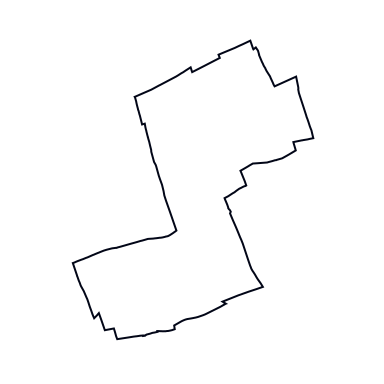 Baneasa, Galati, Romania, rotated 71°
{"feature_id": "2599482B61447316542835", "entity_name": "Baneasa", "entity_type": "district", "adm_level": 2, "iso_a3": "ROU", "parent_name": "Romania", "parent_adm1": "Galati", "projection": "robinson", "projection_center": [27.977, 45.93], "detail": "fine", "context": "isolated", "style": "outline", "palette": "ink", "viewbox_px": 384, "rotation_deg": 71, "n_neighbors": 0, "source": "geoboundaries", "source_scale": "gbopen_adm2", "svg_char_len": 4483}
<svg xmlns="http://www.w3.org/2000/svg" viewBox="0 0 384 384"><g transform="rotate(71 192 192)"><path d="M310.1,292.5L310.3,291.7L310.4,291.2L310.9,288.6L310.9,288.3L311.1,287.5L311.7,285.1L312.2,285.2L312.5,283.7L312.3,283.7L312.2,282.8L312.3,282.3L312.0,281.5L312.3,277.8L312.3,275.3L312.4,274.7L312.7,273.0L313.0,270.1L312.2,270.0L314.2,264.9L314.6,263.7L314.7,263.3L315.0,262.5L315.3,261.0L315.7,259.5L315.8,258.6L315.9,257.8L316.1,255.9L316.1,253.5L316.1,253.0L312.4,252.3L310.9,244.5L310.7,243.2L310.6,242.0L310.5,240.6L310.5,239.5L310.6,237.9L311.2,234.4L311.6,231.8L311.7,230.9L311.9,229.5L312.1,227.1L312.1,224.8L312.1,221.7L312.0,219.5L311.8,217.8L311.0,211.8L309.8,202.7L308.6,196.5L308.6,196.4L305.6,198.8L305.2,190.3L304.8,181.8L304.7,170.7L304.8,163.3L304.8,155.9L301.1,156.7L300.3,156.9L296.0,158.2L293.4,158.8L291.7,159.1L289.8,159.5L287.8,160.0L286.0,160.5L283.7,160.9L282.0,160.9L280.8,161.0L274.0,161.0L257.3,160.8L253.2,161.0L249.9,161.3L249.2,161.3L248.1,161.4L247.5,161.4L242.4,161.7L239.4,161.9L237.0,162.1L232.2,162.5L230.6,162.6L224.6,163.0L224.5,162.9L223.3,161.8L221.9,162.0L220.9,162.3L220.2,162.7L219.5,162.9L219.1,163.0L218.4,162.8L215.5,162.8L212.2,163.0L209.7,163.2L208.4,163.2L207.8,159.2L206.5,154.1L206.1,151.9L205.4,150.0L205.0,148.7L204.3,146.3L204.2,145.5L204.0,143.6L203.8,142.8L203.6,140.7L203.7,139.6L203.7,139.4L203.5,138.6L198.9,138.6L191.8,139.0L188.1,139.2L187.8,139.3L187.7,139.3L186.8,134.5L185.8,129.6L185.7,129.4L185.0,125.7L184.9,125.4L184.9,125.1L185.1,124.5L186.2,120.4L188.5,111.6L188.6,111.1L188.6,110.1L188.9,106.2L189.0,103.3L189.1,102.8L189.2,102.3L189.3,102.0L189.2,101.7L189.5,96.1L189.5,95.9L189.4,95.2L188.5,90.1L186.5,80.4L185.8,80.4L185.6,80.3L183.6,80.2L183.3,80.2L183.1,80.2L181.3,80.1L180.9,80.1L179.0,80.0L177.8,79.9L178.9,71.5L179.1,70.6L179.1,70.2L179.9,65.6L180.1,63.6L180.6,59.8L173.5,59.1L172.6,59.0L171.3,59.1L168.3,59.2L164.1,59.1L160.7,59.1L158.2,59.2L156.9,59.1L146.9,58.9L139.4,58.8L133.9,58.7L133.3,58.7L131.3,58.4L130.5,58.3L129.4,58.1L129.2,57.9L128.3,57.6L127.4,57.4L116.8,56.0L117.9,67.8L119.0,79.5L116.9,79.9L115.8,79.9L111.8,80.3L109.9,80.5L108.0,80.6L106.0,81.1L103.9,81.6L101.8,82.1L100.3,82.3L99.6,82.4L98.8,82.4L98.5,82.5L97.2,82.8L95.8,83.1L94.0,83.2L93.9,83.2L91.9,83.5L84.5,84.0L84.4,84.0L84.1,84.0L83.9,83.8L79.8,83.6L76.9,84.4L76.1,84.6L77.1,87.5L76.5,87.6L76.0,87.6L74.4,87.6L72.3,87.6L69.6,87.6L68.1,87.6L67.9,87.6L68.8,95.7L69.2,100.1L69.7,104.6L70.4,115.9L70.8,122.2L74.3,122.1L75.1,127.8L76.7,138.7L78.7,152.8L76.9,152.8L74.5,152.7L73.7,152.7L75.1,158.5L75.9,161.4L76.2,163.2L76.4,164.1L76.6,164.9L77.0,166.5L77.2,167.3L77.8,170.2L77.8,170.6L77.9,171.0L80.5,187.8L80.5,188.1L82.0,197.2L82.6,205.0L83.4,215.2L84.0,215.1L84.5,215.1L86.4,215.2L88.2,215.3L89.5,215.5L91.2,215.7L93.6,215.9L95.2,216.0L96.8,216.2L97.7,216.1L100.2,216.3L101.4,216.4L102.7,216.4L105.0,216.6L107.4,216.8L109.7,217.0L111.9,217.2L112.0,214.4L115.8,215.0L117.6,215.2L119.4,215.3L119.9,215.4L122.3,215.6L124.6,215.8L125.1,215.8L125.7,215.8L125.8,215.9L126.8,215.9L127.2,216.0L130.4,216.1L135.2,216.6L138.9,216.9L140.7,217.4L151.3,218.1L154.5,217.5L156.1,217.5L162.6,217.9L165.9,218.1L169.7,218.1L175.4,218.0L181.9,218.6L186.3,219.3L191.9,219.4L204.0,219.3L223.4,219.3L224.0,221.1L224.2,221.9L224.5,222.8L224.7,223.5L225.5,226.7L225.8,228.4L225.9,229.2L225.8,229.7L225.8,230.1L225.7,230.7L225.6,231.3L225.6,232.3L225.5,233.3L225.4,234.4L225.1,236.2L224.8,237.2L224.1,240.7L223.7,242.4L223.4,243.9L222.4,247.5L222.0,249.0L221.9,251.5L221.8,253.3L221.7,255.2L221.5,256.9L221.5,257.6L221.4,260.0L221.2,263.5L221.1,265.1L221.0,266.7L220.8,270.4L220.7,272.4L220.6,274.2L220.4,277.8L220.2,280.3L220.2,280.9L220.3,281.3L220.2,281.4L219.4,285.2L219.3,285.7L219.2,286.5L219.1,287.9L218.8,291.4L218.7,294.5L218.9,298.9L219.0,300.0L219.0,300.8L219.2,304.1L219.3,305.2L219.3,306.2L219.8,312.0L219.8,313.7L220.0,316.9L220.0,319.2L220.1,322.1L220.1,322.3L220.2,324.3L220.3,325.0L220.4,326.4L220.4,327.8L220.7,327.8L233.5,327.9L234.4,328.0L234.9,327.9L235.5,327.9L235.8,327.9L238.8,327.9L240.0,327.8L241.3,327.7L244.0,327.7L245.5,327.5L250.5,326.6L257.3,326.1L259.2,325.9L262.6,325.9L267.0,326.0L271.5,325.9L273.3,325.9L273.6,325.9L275.0,325.9L275.7,325.9L276.5,325.8L277.5,325.8L278.2,325.7L279.5,325.6L277.8,322.2L276.2,319.5L282.8,319.4L286.5,319.4L294.3,319.4L295.6,310.3L298.9,310.4L302.2,310.6L303.5,310.7L306.8,310.6L309.0,298.5L309.7,294.4L310.0,293.0L310.1,292.5Z" fill="none" stroke="#020617" stroke-width="2"/></g></svg>